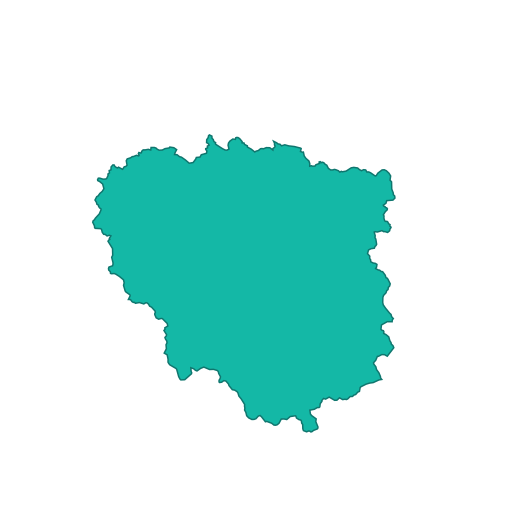 Canchis, Cusco, Peru, rotated 125°
{"feature_id": "86281439B44648487270271", "entity_name": "Canchis", "entity_type": "district", "adm_level": 2, "iso_a3": "PER", "parent_name": "Peru", "parent_adm1": "Cusco", "projection": "natural_earth1", "projection_center": [-71.171, -14.099], "detail": "fine", "context": "isolated", "style": "filled", "palette": "teal", "viewbox_px": 512, "rotation_deg": 125, "n_neighbors": 0, "source": "geoboundaries", "source_scale": "gbopen_adm2", "svg_char_len": 6138}
<svg xmlns="http://www.w3.org/2000/svg" viewBox="0 0 512 512"><g transform="rotate(125 256 256)"><path d="M141.9,257.6L142.9,258.2L143.6,257.0L146.9,259.3L148.6,259.3L150.1,261.4L150.3,262.4L151.6,263.5L149.4,265.0L147.8,267.2L147.4,271.1L146.4,273.9L143.7,276.8L144.3,277.4L144.9,279.5L142.1,280.6L142.0,281.2L144.3,287.3L147.0,292.3L148.4,296.2L151.1,298.3L150.7,300.4L151.6,302.4L151.4,303.8L151.9,307.4L153.0,305.5L154.4,304.6L155.0,303.4L156.2,303.1L158.3,303.8L159.5,303.0L159.4,306.8L161.3,309.7L163.9,311.4L164.6,312.8L165.5,313.8L168.3,314.6L170.1,316.1L171.5,316.7L171.2,321.3L171.7,325.5L170.7,326.3L171.2,329.3L170.3,330.7L171.3,332.3L170.2,333.0L169.2,336.8L169.3,338.7L169.9,339.8L170.8,340.4L172.3,339.8L173.5,342.1L176.9,343.3L179.3,343.3L181.3,342.4L183.9,339.5L186.0,340.5L186.9,342.1L187.3,345.0L187.6,353.1L187.3,353.7L186.3,354.1L186.4,356.1L185.1,357.8L184.8,359.5L183.1,360.9L183.5,363.6L184.6,363.9L186.4,363.1L189.0,363.1L191.5,361.5L191.3,359.6L192.1,358.0L193.9,358.9L195.2,357.7L196.9,358.8L197.5,358.4L198.2,356.4L200.3,355.5L204.4,358.9L207.1,358.6L209.5,361.4L211.1,361.0L215.5,361.1L218.3,363.9L217.8,369.1L217.8,373.8L218.5,375.6L218.3,378.8L219.6,380.9L217.6,381.6L214.4,382.0L214.4,385.4L216.2,389.1L217.3,389.1L220.2,392.1L222.9,393.5L224.9,396.0L225.2,398.4L224.9,399.6L225.4,401.5L227.3,404.2L229.6,403.0L230.4,405.4L232.7,407.7L233.8,409.3L235.8,409.7L237.2,409.1L237.8,409.6L238.4,411.3L239.6,411.1L240.5,409.5L241.3,409.5L242.1,411.7L244.8,413.4L245.6,414.4L247.4,415.0L250.3,417.2L252.4,416.9L255.6,413.7L257.3,414.0L258.5,415.1L261.5,415.0L262.1,419.6L263.3,419.9L263.6,421.4L263.6,422.9L262.8,424.4L263.5,425.5L266.1,425.8L268.7,424.2L270.2,425.3L272.0,423.7L273.8,424.3L274.7,423.4L278.1,422.8L279.1,423.2L280.8,425.4L281.8,428.6L282.7,429.8L284.3,429.6L285.0,428.9L284.7,426.6L285.0,422.9L288.1,419.2L291.3,419.0L294.3,419.8L297.3,419.8L298.8,420.5L302.5,420.0L303.5,417.6L304.9,415.9L304.7,414.3L305.7,413.3L306.3,411.7L306.3,410.1L307.1,409.4L311.4,408.5L317.4,409.3L318.9,409.1L320.5,409.6L322.0,409.1L324.0,405.6L325.3,404.5L325.6,403.6L322.7,398.9L322.9,397.7L324.8,395.5L325.6,393.2L324.8,391.9L325.0,389.5L323.1,388.0L322.7,386.4L325.8,386.2L326.3,385.3L327.5,385.8L328.8,385.7L332.2,377.8L337.6,373.8L339.8,373.5L343.6,369.2L345.0,368.3L346.3,367.9L349.4,370.1L350.8,369.7L352.0,368.6L352.4,366.4L353.7,365.2L353.4,364.2L351.7,362.1L351.3,360.6L351.1,356.2L351.5,350.9L353.6,348.6L356.0,347.7L359.7,343.1L360.1,341.9L360.1,337.2L360.4,336.6L361.1,336.2L364.8,335.6L363.7,333.8L364.5,331.4L364.4,329.9L363.7,329.0L363.9,327.7L361.0,324.8L359.6,320.4L357.4,319.4L356.9,318.2L357.1,316.4L358.1,314.4L357.8,312.2L359.0,307.1L360.1,306.0L361.0,306.0L362.1,305.3L363.9,302.3L363.6,299.5L361.6,297.9L361.0,296.8L362.2,290.0L364.0,288.1L367.1,289.5L368.3,288.5L369.8,288.7L371.7,284.2L373.0,283.6L374.9,283.9L375.9,282.6L376.8,280.3L378.2,279.1L380.3,278.8L383.4,276.2L388.2,275.5L387.9,272.1L391.0,268.8L393.4,267.2L394.1,265.8L394.6,264.1L394.0,257.0L394.3,256.0L399.2,250.1L400.5,247.5L400.6,246.5L398.2,243.4L389.5,241.3L388.5,241.7L387.7,243.0L384.9,245.3L384.1,242.3L384.4,240.2L384.0,238.4L379.8,236.9L376.9,235.0L375.6,228.9L373.2,225.8L372.0,222.0L372.3,220.6L373.6,219.2L375.3,215.8L377.0,215.1L378.9,215.0L380.4,214.0L380.5,213.2L379.0,211.7L376.6,210.9L375.7,209.0L376.6,205.2L377.7,203.7L379.1,198.7L378.1,196.5L378.0,193.6L378.5,192.3L380.6,189.6L381.5,186.3L384.1,180.2L385.7,179.2L386.9,177.9L388.7,177.0L389.9,174.6L392.2,172.0L392.8,169.1L392.3,165.7L391.0,163.9L389.3,162.7L385.8,162.3L384.3,161.1L384.6,159.1L386.4,153.2L385.5,152.5L385.1,151.5L384.0,147.2L384.2,144.3L383.3,142.8L382.0,141.8L379.8,141.2L375.1,141.8L373.4,139.5L372.3,137.0L367.9,135.9L364.3,132.1L364.3,131.5L365.5,129.9L365.4,126.9L364.7,125.3L365.1,124.2L366.7,122.7L367.3,121.1L370.7,118.5L371.8,117.0L371.0,113.7L369.0,112.4L368.6,111.3L368.7,110.3L368.0,109.5L365.8,108.8L362.5,106.6L361.5,106.6L360.5,107.2L357.4,112.0L354.9,113.3L354.8,118.7L354.3,120.7L351.4,123.5L348.1,120.3L345.1,118.9L343.9,117.4L343.0,117.2L340.1,118.7L337.3,118.6L336.6,119.2L333.9,118.9L333.3,116.9L329.6,115.1L329.1,108.8L327.7,107.0L324.3,106.3L323.9,102.6L322.3,101.0L321.7,99.6L320.5,98.9L317.2,98.3L315.7,96.4L313.7,96.0L312.3,94.9L309.2,94.6L307.6,93.6L304.1,95.2L303.0,95.1L297.8,92.3L294.9,90.0L292.5,87.4L287.0,84.2L285.0,82.2L284.5,83.9L283.3,85.0L281.2,88.3L279.9,92.1L278.0,94.3L277.0,97.5L276.0,98.5L272.8,98.1L268.6,99.0L268.0,98.2L264.6,96.4L263.1,94.1L262.8,91.0L252.1,90.5L250.9,92.3L250.5,94.7L249.5,95.7L248.6,97.8L246.1,100.9L245.8,104.3L246.2,107.0L244.7,107.8L244.1,108.8L244.6,110.3L244.4,111.6L240.5,113.7L234.5,110.8L231.8,106.8L230.0,107.7L228.5,107.6L227.9,110.1L226.4,111.9L226.2,113.7L224.4,120.1L223.0,123.8L221.3,125.6L217.2,128.3L215.1,128.9L211.6,128.4L209.4,129.1L207.8,128.6L205.8,129.6L204.0,129.3L201.8,130.1L199.5,134.3L198.9,135.7L199.2,137.1L197.6,139.1L196.2,143.3L196.9,144.6L196.7,146.6L197.3,147.7L197.7,150.8L195.9,150.9L193.5,152.1L193.6,154.1L194.5,155.9L194.9,158.7L193.3,160.0L192.8,161.5L190.9,162.7L190.1,166.0L186.5,167.3L184.1,166.0L181.7,163.5L180.0,164.0L178.7,163.7L177.2,163.9L173.4,167.6L172.7,169.1L171.0,170.0L168.6,172.9L167.8,172.4L166.7,170.3L163.0,167.4L162.8,165.2L162.1,164.5L161.2,161.7L158.7,161.0L157.1,161.7L155.3,161.7L154.9,162.0L154.7,163.6L153.4,164.2L153.5,165.8L152.5,167.7L152.5,168.6L153.4,169.8L153.3,170.8L151.6,173.0L149.8,174.1L149.2,175.3L145.4,175.5L143.1,175.0L142.0,175.4L141.6,176.5L142.0,177.8L141.6,178.4L141.9,180.1L141.3,180.9L138.3,179.8L135.7,180.7L131.7,175.9L128.9,175.4L127.3,176.8L127.0,178.6L125.6,179.8L123.3,183.2L117.5,187.5L117.0,189.7L113.2,191.6L111.9,194.6L111.4,198.2L111.8,200.4L113.2,202.1L118.2,203.7L121.1,203.6L121.9,204.0L122.1,204.7L122.1,209.9L122.5,211.9L123.6,213.4L122.6,215.5L123.6,217.4L125.6,218.5L125.9,220.9L125.6,223.2L127.3,226.7L129.2,228.6L134.8,230.9L137.6,233.7L137.7,234.7L139.2,235.4L138.9,237.4L139.6,240.3L140.2,241.6L141.3,242.3L142.7,244.2L142.7,247.0L141.0,250.1L141.2,251.9L140.7,254.0L141.1,255.4L141.9,255.8L141.9,257.6Z" fill="#14b8a6" stroke="#0f766e" stroke-width="1.5"/></g></svg>